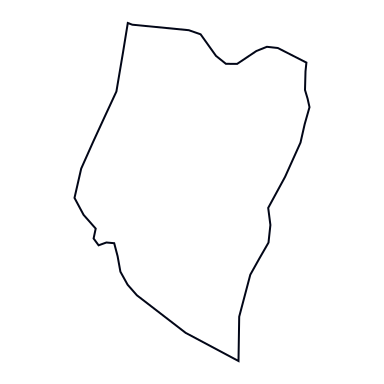 map outline of Oğuz (orthographic projection)
{"feature_id": "AZE-1725", "entity_name": "Oğuz", "entity_type": "District", "adm_level": 1, "iso_a3": "AZE", "parent_name": "Azerbaijan", "parent_adm1": "", "projection": "orthographic", "projection_center": [47.489, 41.029], "detail": "fine", "context": "isolated", "style": "outline", "palette": "ink", "viewbox_px": 384, "rotation_deg": 0, "n_neighbors": 0, "source": "natural_earth", "source_scale": "10m", "svg_char_len": 619}
<svg xmlns="http://www.w3.org/2000/svg" viewBox="0 0 384 384"><path d="M127.8,23.0L132.3,24.7L188.8,30.2L200.6,34.3L216.0,55.9L225.9,63.8L237.1,63.9L256.4,51.0L266.9,46.8L277.8,48.0L306.4,62.6L305.5,71.4L305.0,90.0L307.6,98.7L309.5,107.2L304.7,124.1L300.5,142.6L285.1,176.8L268.2,207.9L270.4,225.0L268.5,242.6L259.3,258.6L250.3,274.7L239.2,316.7L238.5,361.0L185.7,332.9L136.9,295.3L127.6,284.7L120.4,271.7L117.6,256.2L114.2,243.2L106.4,242.5L98.6,245.3L93.6,238.5L95.7,228.6L83.6,214.9L74.5,197.9L81.2,168.6L93.2,141.7L104.8,116.5L116.4,91.5L123.0,52.5L127.8,23.0Z" fill="none" stroke="#020617" stroke-width="2"/></svg>